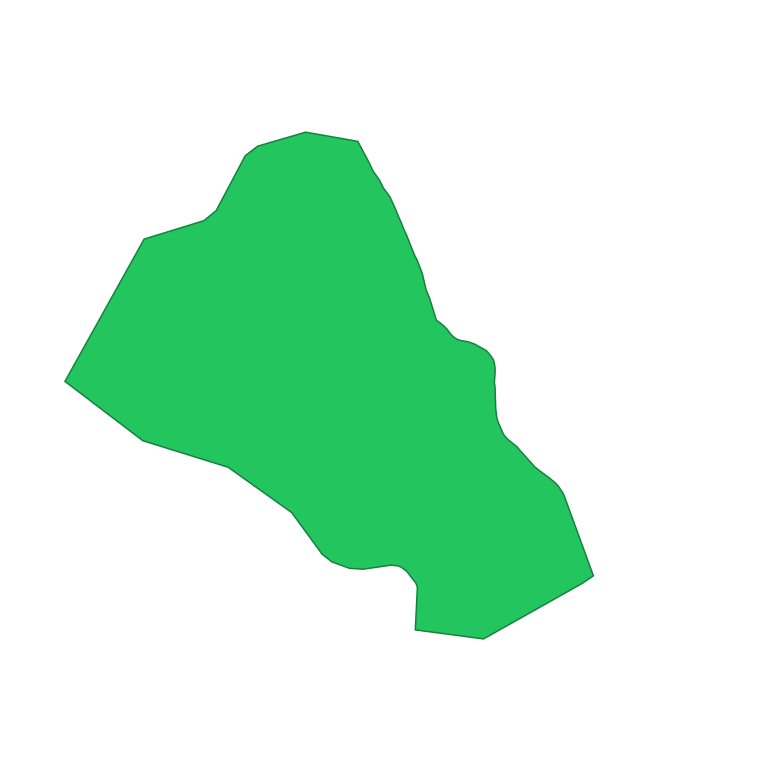 outline of Waltham Forest, rotated 123°
{"feature_id": "GBR-2078", "entity_name": "Waltham Forest", "entity_type": "London Borough", "adm_level": 1, "iso_a3": "GBR", "parent_name": "United Kingdom", "parent_adm1": "", "projection": "robinson", "projection_center": [-0.018, 51.6], "detail": "fine", "context": "isolated", "style": "filled", "palette": "green", "viewbox_px": 768, "rotation_deg": 123, "n_neighbors": 0, "source": "natural_earth", "source_scale": "10m", "svg_char_len": 1083}
<svg xmlns="http://www.w3.org/2000/svg" viewBox="0 0 768 768"><g transform="rotate(123 384 384)"><path d="M302.0,374.8L302.2,369.4L302.8,365.3L303.7,361.1L305.9,355.0L306.7,351.1L306.7,347.3L305.9,343.7L302.8,336.5L301.2,330.1L300.3,316.7L301.1,313.2L302.8,308.3L303.9,305.8L306.5,302.7L309.8,299.8L313.6,297.2L322.5,292.3L326.5,288.9L343.8,276.9L350.7,271.1L353.5,268.0L361.2,256.3L362.3,252.9L363.1,249.3L364.3,237.9L365.4,234.5L371.4,212.4L372.1,205.0L372.8,193.3L373.8,185.3L375.0,181.4L378.2,174.3L379.9,171.5L384.8,165.1L430.8,103.9L443.1,109.1L543.6,161.7L573.2,223.8L536.3,245.3L533.8,248.5L528.8,262.8L528.2,269.8L529.0,273.4L532.1,279.4L550.7,300.7L557.4,312.6L561.6,331.0L560.4,343.3L542.1,391.5L538.7,469.3L562.9,555.3L555.6,653.0L393.1,664.1L345.1,624.0L329.9,619.2L268.1,624.7L253.3,619.5L215.5,586.9L194.8,538.1L206.9,516.3L211.5,508.9L215.6,498.5L219.9,491.4L223.7,481.2L231.0,469.6L235.8,462.8L238.8,458.1L243.6,451.4L246.6,446.5L259.2,428.7L262.0,423.8L270.2,412.4L282.5,399.5L287.3,392.4L302.0,374.8Z" fill="#22c55e" stroke="#15803d" stroke-width="1.5"/></g></svg>